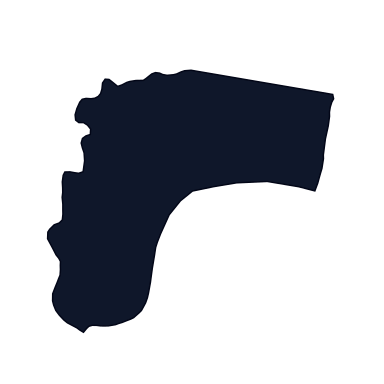 the district of Colares, Pará, Brazil, rotated 172°
{"feature_id": "56859067B45102544726331", "entity_name": "Colares", "entity_type": "district", "adm_level": 2, "iso_a3": "BRA", "parent_name": "Brazil", "parent_adm1": "Pará", "projection": "natural_earth1", "projection_center": [-48.239, -0.919], "detail": "fine", "context": "isolated", "style": "filled", "palette": "ink", "viewbox_px": 384, "rotation_deg": 172, "n_neighbors": 0, "source": "geoboundaries", "source_scale": "gbopen_adm2", "svg_char_len": 1746}
<svg xmlns="http://www.w3.org/2000/svg" viewBox="0 0 384 384"><g transform="rotate(172 192 192)"><path d="M39.1,269.0L170.7,311.0L176.0,312.7L182.5,313.1L186.2,312.4L190.8,311.0L194.0,310.7L200.4,311.0L204.7,312.4L207.5,314.2L211.6,315.3L215.4,314.5L219.0,312.4L221.8,310.7L224.7,309.3L232.1,310.2L238.1,310.1L241.3,309.6L246.4,307.8L250.9,306.9L256.0,312.4L258.5,315.0L262.3,315.8L265.4,312.4L266.9,306.3L268.8,302.2L271.5,299.7L275.1,298.4L279.0,298.4L283.9,299.4L287.8,299.1L290.6,296.6L294.4,290.6L297.0,284.7L297.2,279.4L294.4,276.5L289.7,275.8L286.2,272.8L283.6,268.4L284.7,263.1L289.2,262.3L293.0,260.3L294.9,255.9L294.4,251.0L293.4,245.8L294.0,237.8L297.0,227.2L301.6,226.3L305.5,227.4L310.0,228.9L315.1,229.5L317.2,226.5L319.0,220.1L319.5,214.1L320.1,209.4L321.3,204.8L321.6,197.8L322.4,192.1L322.9,188.0L324.3,182.4L327.8,179.8L333.0,178.7L338.0,175.0L340.3,172.4L341.5,165.8L337.9,156.1L335.3,148.6L333.1,144.9L331.9,141.5L332.6,137.7L333.1,133.3L334.2,128.0L336.1,124.8L337.9,121.5L341.0,116.2L344.1,110.6L345.2,103.6L344.7,99.2L343.3,93.6L340.5,88.5L336.7,83.1L333.6,79.8L324.9,73.5L322.3,70.9L319.0,68.2L315.4,71.5L312.8,73.4L309.2,73.9L304.9,73.2L301.3,72.2L298.2,71.7L293.6,71.1L286.2,71.3L283.1,72.0L279.2,72.6L276.0,73.4L270.3,74.7L267.3,75.7L264.6,77.5L261.1,79.8L258.6,81.7L256.2,84.9L253.4,88.7L250.9,93.5L249.2,97.9L245.7,108.5L244.5,112.9L241.9,122.1L237.9,134.8L236.9,138.2L235.7,142.2L233.3,147.2L229.0,154.9L217.8,172.6L204.7,184.9L191.4,192.9L170.0,194.3L146.5,194.9L116.0,192.0L85.6,182.4L70.2,176.0L66.3,183.2L63.5,189.7L61.9,193.3L60.1,197.2L57.2,206.7L56.8,210.4L52.5,226.1L47.9,238.5L45.3,247.7L44.8,251.9L43.3,256.8L41.1,261.5L38.8,264.6L39.1,269.0Z" fill="#0f172a" stroke="#020617" stroke-width="1.5"/></g></svg>